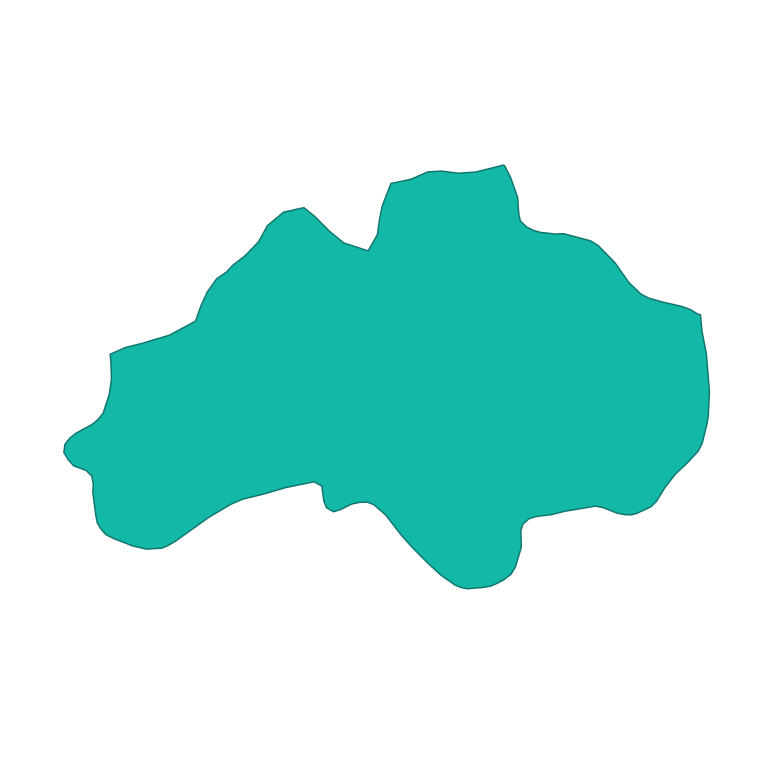 outline of Taehung, P'yŏngan-namdo, North Korea, rotated 86°
{"feature_id": "82179303B83506580076946", "entity_name": "Taehung", "entity_type": "district", "adm_level": 2, "iso_a3": "PRK", "parent_name": "North Korea", "parent_adm1": "P'yŏngan-namdo", "projection": "equal_earth", "projection_center": [126.981, 40.081], "detail": "fine", "context": "isolated", "style": "filled", "palette": "teal", "viewbox_px": 768, "rotation_deg": 86, "n_neighbors": 0, "source": "geoboundaries", "source_scale": "gbopen_adm2", "svg_char_len": 1825}
<svg xmlns="http://www.w3.org/2000/svg" viewBox="0 0 768 768"><g transform="rotate(86 384 384)"><path d="M530.6,380.9L535.9,377.3L548.7,367.5L566.9,351.7L578.7,340.5L589.3,327.5L592.3,321.5L594.1,314.9L593.8,298.7L593.0,291.7L590.9,285.4L587.4,277.7L585.9,275.5L582.6,270.6L575.7,265.7L556.4,258.4L539.6,257.7L533.5,255.2L528.4,248.6L526.8,241.5L526.0,226.1L523.5,212.1L520.6,181.6L522.5,174.2L529.1,160.5L531.0,153.5L531.8,146.5L530.7,140.9L525.4,126.9L520.3,120.6L506.7,110.8L494.1,99.5L484.2,87.3L473.0,75.4L465.5,70.8L446.1,64.5L438.6,62.8L414.6,59.9L376.4,60.3L354.0,63.1L337.0,63.5L336.1,66.3L331.3,72.9L327.6,81.0L321.4,101.3L316.6,114.3L312.3,121.3L300.1,132.5L279.2,145.1L260.6,160.9L255.7,167.9L246.6,194.2L246.4,202.3L243.7,217.3L241.3,224.0L237.2,231.0L230.8,236.6L223.9,237.7L207.1,237.7L186.8,243.3L184.9,244.1L175.3,248.2L173.9,249.2L179.0,278.1L178.9,295.1L175.6,312.1L175.5,325.7L181.6,342.7L184.5,363.1L206.4,373.4L218.9,376.8L234.5,380.2L250.1,390.5L240.5,414.3L227.8,427.8L212.0,441.4L202.5,451.6L205.5,472.0L217.8,489.1L233.4,499.3L245.9,513.0L255.1,526.6L261.4,533.4L267.5,543.7L280.0,553.9L292.5,560.8L308.1,567.6L314.3,581.2L320.4,594.9L323.4,608.5L326.5,622.1L329.5,639.2L332.0,646.1L335.2,655.1L343.9,654.9L360.5,655.6L375.3,658.8L393.5,666.2L399.9,672.2L404.2,678.5L411.4,694.3L416.2,701.4L422.1,706.6L429.9,708.1L437.6,704.2L444.1,699.2L449.4,687.3L455.3,682.0L463.3,681.0L471.9,682.0L495.5,680.6L503.0,679.6L504.8,678.6L508.6,676.7L515.0,671.8L519.3,664.4L523.8,654.9L527.8,646.5L532.1,632.8L532.3,617.3L530.2,611.0L526.4,603.2L504.8,568.1L493.3,545.2L489.0,532.9L485.2,510.8L480.6,490.1L476.6,460.6L481.4,453.2L496.9,452.1L503.4,450.0L507.9,443.3L506.3,436.3L501.5,424.7L500.4,417.0L500.7,408.9L503.6,402.6L514.8,391.4L530.6,380.9Z" fill="#14b8a6" stroke="#0f766e" stroke-width="1.5"/></g></svg>